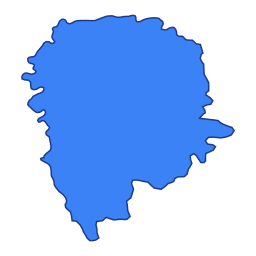 the district of Byerazino, Minsk, Belarus
{"feature_id": "67162791B55727051267470", "entity_name": "Byerazino", "entity_type": "district", "adm_level": 2, "iso_a3": "BLR", "parent_name": "Belarus", "parent_adm1": "Minsk", "projection": "orthographic", "projection_center": [28.995, 53.791], "detail": "fine", "context": "isolated", "style": "filled", "palette": "blue", "viewbox_px": 256, "rotation_deg": 0, "n_neighbors": 0, "source": "geoboundaries", "source_scale": "gbopen_adm2", "svg_char_len": 3706}
<svg xmlns="http://www.w3.org/2000/svg" viewBox="0 0 256 256"><path d="M192.4,40.2L190.8,40.2L189.5,40.2L187.1,40.0L185.9,39.7L184.8,38.7L183.4,37.1L182.2,36.2L179.8,36.3L178.4,36.2L176.7,34.6L176.6,33.0L176.4,31.4L175.5,29.2L173.8,27.4L172.0,27.4L169.7,28.0L168.3,28.5L167.2,29.5L165.6,29.9L163.2,29.6L161.7,29.3L161.5,28.1L161.7,26.6L162.7,25.2L163.2,23.5L162.5,21.5L161.5,20.4L160.7,20.4L159.2,18.5L156.6,18.0L153.4,17.8L149.6,18.2L146.2,18.8L143.0,20.0L140.5,21.5L138.1,21.8L136.9,21.8L136.1,20.6L135.9,19.6L135.8,17.3L135.0,15.7L133.0,15.4L131.1,15.6L128.6,16.4L126.6,16.4L123.3,16.6L121.4,17.0L119.3,17.3L116.7,17.2L114.5,16.5L112.4,15.9L110.0,15.9L109.5,16.0L107.8,16.0L104.9,16.8L100.9,18.3L97.5,19.6L94.8,20.6L91.2,20.6L85.7,20.5L78.0,20.6L75.7,21.1L73.8,21.9L72.1,23.0L69.7,23.8L67.2,23.0L66.7,22.4L66.3,21.4L65.3,20.0L63.4,19.2L61.8,19.4L59.8,20.9L58.9,22.6L58.0,24.9L56.7,26.5L55.1,27.1L54.0,27.2L52.6,28.2L52.6,29.5L53.4,31.0L53.2,32.8L52.5,34.5L51.9,36.7L52.5,38.7L53.6,40.1L54.7,41.6L53.7,43.2L52.1,43.3L50.3,42.9L49.2,41.8L47.0,41.6L45.5,42.0L43.8,43.3L42.6,45.4L40.1,48.5L37.4,51.7L35.3,55.5L33.7,56.7L31.3,56.9L28.9,57.5L28.7,57.7L27.9,58.4L27.9,60.8L28.9,62.6L30.8,63.5L32.3,63.7L34.0,64.6L34.2,66.0L33.0,68.2L33.6,69.5L35.4,70.4L35.8,71.8L35.4,72.9L32.6,74.0L30.8,74.2L29.1,73.6L26.5,73.0L24.6,73.3L22.6,74.9L21.9,77.1L22.1,78.9L25.0,79.9L28.3,80.2L29.6,81.1L30.5,82.3L30.8,84.1L30.8,86.5L31.3,88.6L33.4,89.6L35.1,89.5L36.5,89.2L38.1,88.3L40.1,87.1L42.2,87.1L43.6,87.7L43.9,89.3L43.6,90.5L42.3,92.0L40.2,93.1L37.8,93.9L34.9,95.5L33.1,96.3L31.3,99.0L29.3,100.4L28.0,102.9L27.9,104.9L30.4,107.4L33.2,110.1L36.1,112.2L37.5,112.5L39.7,112.2L41.2,111.5L42.6,110.1L44.1,110.0L45.4,111.3L45.4,113.3L44.5,115.1L42.7,116.5L41.1,117.3L39.7,118.0L38.3,119.0L37.7,120.5L38.7,122.1L40.0,122.0L41.1,121.2L42.3,120.7L43.7,120.7L45.0,121.6L46.5,123.5L47.6,125.4L48.8,126.3L49.5,127.5L48.7,129.3L46.7,131.1L45.9,132.7L46.2,134.6L47.8,135.9L49.1,136.7L49.7,138.9L50.1,141.4L50.7,143.8L51.1,147.0L50.4,150.2L47.3,152.7L45.8,154.0L44.2,155.8L43.8,157.6L42.5,157.9L40.7,158.5L41.1,160.0L43.5,161.3L45.4,162.4L47.5,163.4L49.8,165.6L50.9,168.1L51.3,172.2L51.2,174.4L51.6,176.4L52.9,178.4L54.0,181.4L54.3,184.8L55.8,187.4L59.0,191.4L62.6,194.1L65.7,197.7L66.5,200.3L66.4,202.4L65.2,204.4L65.5,207.0L66.5,208.5L69.2,210.8L70.5,212.0L71.4,215.1L71.9,218.6L72.1,220.8L75.5,221.0L76.6,221.4L80.2,225.0L82.7,229.3L83.4,231.8L85.9,235.7L87.4,238.4L89.9,240.6L92.9,240.6L95.8,240.0L98.8,237.9L96.9,232.7L96.9,229.3L96.0,224.6L96.5,221.7L99.9,221.0L102.4,220.8L106.2,217.4L109.8,218.7L113.9,219.9L120.9,219.2L124.7,219.6L127.0,219.2L130.1,216.5L128.1,211.7L127.7,209.9L127.2,204.5L126.5,201.3L128.1,200.0L130.8,197.9L132.4,193.0L133.5,189.1L131.5,183.7L132.6,180.4L135.3,179.9L138.9,180.3L144.1,181.5L147.9,182.1L151.1,185.3L154.2,188.0L161.2,189.3L165.5,186.1L168.2,183.4L170.9,182.7L173.6,181.6L174.9,178.4L177.9,176.9L184.4,176.6L187.1,174.1L188.4,169.2L190.2,166.4L191.8,163.3L190.6,159.7L190.2,155.9L193.7,153.6L196.5,155.8L198.3,158.7L201.0,162.6L204.1,162.5L205.2,161.3L205.5,161.0L205.5,155.8L205.9,153.5L209.5,151.9L213.3,150.1L215.5,146.7L212.6,144.7L207.6,144.1L205.4,140.7L208.5,137.3L213.2,137.1L221.1,137.9L226.7,136.8L231.4,134.9L234.1,130.6L232.0,127.5L227.5,126.0L223.0,124.2L220.1,122.4L218.1,120.6L214.2,120.0L206.2,119.1L199.6,118.3L201.0,116.5L203.4,114.0L205.2,112.9L204.8,110.2L202.7,106.8L207.0,104.8L210.8,104.3L212.8,100.7L210.3,97.8L206.0,94.9L206.0,92.9L208.7,90.8L208.7,85.7L208.6,82.6L206.6,78.8L204.1,74.3L203.9,70.7L203.8,67.6L203.6,64.0L201.8,61.8L200.2,58.6L201.3,54.2L202.9,53.2L201.5,48.3L200.4,44.5L196.3,43.9L192.4,40.2Z" fill="#3b82f6" stroke="#1e3a8a" stroke-width="1.5"/></svg>